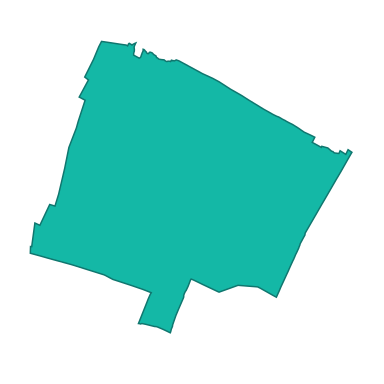 the district of Desa, Dolj, Romania, rotated 96°
{"feature_id": "2599482B69091861879874", "entity_name": "Desa", "entity_type": "district", "adm_level": 2, "iso_a3": "ROU", "parent_name": "Romania", "parent_adm1": "Dolj", "projection": "natural_earth1", "projection_center": [23.007, 43.851], "detail": "fine", "context": "isolated", "style": "filled", "palette": "teal", "viewbox_px": 384, "rotation_deg": 96, "n_neighbors": 0, "source": "geoboundaries", "source_scale": "gbopen_adm2", "svg_char_len": 3470}
<svg xmlns="http://www.w3.org/2000/svg" viewBox="0 0 384 384"><g transform="rotate(96 192 192)"><path d="M269.8,346.4L271.5,336.0L272.8,328.6L274.3,319.6L276.8,304.3L283.6,270.6L287.2,261.6L291.2,242.9L294.0,230.7L296.4,222.0L298.1,222.8L303.4,224.5L306.4,225.3L328.4,231.5L328.4,231.4L328.4,230.5L328.5,230.1L328.6,229.7L328.6,229.3L328.5,229.1L328.4,228.8L328.3,228.6L328.2,228.4L328.1,228.2L328.1,227.6L328.1,227.4L328.4,224.3L329.7,215.1L329.6,213.7L329.7,212.9L329.9,212.0L331.7,206.2L333.0,202.5L334.3,198.9L333.3,198.6L330.4,198.2L329.5,197.9L328.7,197.7L328.0,197.4L327.3,197.4L325.9,197.3L316.5,195.1L310.8,193.4L299.0,189.7L298.4,189.5L297.6,189.3L296.6,189.3L296.0,189.4L295.6,189.4L295.2,189.3L294.1,189.1L291.6,188.2L291.2,188.0L290.9,187.8L290.7,187.6L286.1,186.0L283.5,185.3L279.7,184.3L279.2,184.1L278.8,183.9L278.7,183.8L278.7,183.6L279.4,181.2L281.4,175.6L282.7,172.1L288.5,155.5L288.6,155.1L288.7,154.8L288.7,154.5L280.0,136.5L279.5,116.8L280.6,113.9L286.4,100.5L287.8,97.1L280.9,94.8L277.2,93.7L270.5,91.4L263.4,89.0L261.4,88.3L259.9,87.8L258.9,87.5L254.9,86.2L249.3,84.3L248.4,83.9L247.3,83.6L245.8,83.1L244.0,82.6L243.1,82.3L241.6,81.7L236.3,79.9L235.9,79.9L234.9,79.6L233.6,79.2L232.6,79.1L231.6,78.8L230.7,78.4L225.8,76.4L223.0,75.2L222.1,75.2L221.3,75.2L220.7,75.0L200.1,65.8L191.3,61.9L183.8,58.5L167.9,51.4L164.3,49.8L156.5,46.2L141.1,39.5L135.8,37.1L135.7,37.3L135.1,38.4L133.6,41.2L138.5,43.0L135.5,49.0L138.3,49.9L138.4,50.6L138.3,51.8L138.3,52.6L138.3,53.5L138.2,54.6L137.8,55.2L137.4,55.7L137.0,56.1L137.0,56.7L136.9,57.1L136.8,57.3L136.8,57.6L136.5,57.9L134.0,61.5L133.0,67.7L134.1,68.1L132.7,71.4L130.1,77.6L124.7,75.6L123.4,79.0L122.0,83.0L120.8,86.6L118.8,90.3L117.5,92.6L114.3,99.1L113.1,102.4L111.9,105.4L111.6,106.0L111.1,107.0L110.5,108.7L109.9,110.2L109.4,111.2L108.5,113.2L108.1,114.5L107.9,115.5L106.5,119.3L102.1,129.5L94.3,145.9L91.1,152.2L85.7,164.5L79.6,176.5L76.8,183.3L73.2,194.0L62.9,218.8L62.3,221.5L63.3,223.0L63.4,223.4L63.4,223.7L63.4,224.1L63.3,224.4L63.3,224.7L63.4,224.8L63.5,225.0L63.5,225.3L63.4,225.4L63.4,225.5L63.2,225.7L63.0,225.9L63.0,226.1L63.2,226.4L63.4,226.5L63.8,226.6L64.4,226.8L64.5,226.9L64.5,227.2L64.4,227.5L64.3,227.9L64.3,228.0L64.3,228.6L64.3,228.8L64.4,229.1L64.4,229.7L64.8,230.3L64.9,230.8L64.7,231.6L64.2,232.6L63.7,233.2L63.5,233.6L63.5,234.3L63.5,236.6L63.4,238.1L63.3,238.9L62.9,239.5L62.5,240.0L62.2,240.5L62.2,240.9L61.9,241.2L61.5,241.6L61.0,241.8L60.5,242.0L60.2,242.4L59.9,243.2L59.7,243.9L59.4,244.1L59.2,244.5L58.9,245.0L58.6,245.2L57.9,246.0L57.6,246.9L57.3,247.9L57.5,248.9L58.9,249.7L59.0,250.7L58.5,251.5L57.6,252.0L57.3,252.4L56.6,253.3L55.7,254.1L55.3,254.8L55.2,255.1L55.2,255.5L55.5,255.4L56.1,255.5L56.5,255.4L57.0,255.4L57.5,255.6L58.6,256.0L59.3,256.2L59.9,256.3L61.2,256.7L61.9,256.8L62.5,256.9L63.3,257.2L63.7,257.5L64.1,258.0L64.4,258.5L62.0,264.3L61.8,264.3L61.3,264.4L60.4,264.5L59.4,264.4L58.0,264.1L56.3,264.2L54.9,264.5L53.8,264.7L52.4,264.4L50.9,263.9L49.7,263.5L50.3,264.6L50.5,264.9L50.7,265.2L51.1,265.8L51.5,266.4L51.9,266.7L52.1,267.1L51.5,268.1L51.3,268.9L50.9,269.3L50.7,270.0L50.9,270.2L51.5,270.7L52.3,270.9L53.4,271.3L52.7,272.9L52.7,274.3L52.5,279.6L52.1,287.9L51.7,297.7L57.3,299.9L70.4,303.8L88.9,310.7L91.4,306.7L109.4,314.1L111.9,307.9L133.5,312.5L140.5,313.7L160.6,319.1L181.9,321.1L208.1,324.4L220.3,326.8L219.3,332.2L241.0,339.8L239.3,345.0L263.1,345.7L263.1,346.9L269.8,346.4Z" fill="#14b8a6" stroke="#0f766e" stroke-width="1.5"/></g></svg>